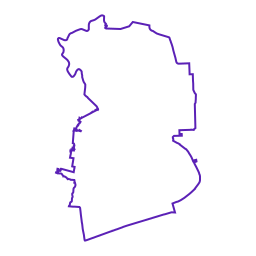 outline of Wijdemeren, Noord-Holland, Netherlands
{"feature_id": "6326949B52829064558657", "entity_name": "Wijdemeren", "entity_type": "district", "adm_level": 2, "iso_a3": "NLD", "parent_name": "Netherlands", "parent_adm1": "Noord-Holland", "projection": "orthographic", "projection_center": [5.063, 52.226], "detail": "fine", "context": "isolated", "style": "outline", "palette": "violet", "viewbox_px": 256, "rotation_deg": 0, "n_neighbors": 0, "source": "geoboundaries", "source_scale": "gbopen_adm2", "svg_char_len": 5290}
<svg xmlns="http://www.w3.org/2000/svg" viewBox="0 0 256 256"><path d="M175.0,212.5L172.5,203.5L176.5,201.9L177.9,201.6L180.7,200.2L184.3,197.9L189.3,194.0L191.5,192.1L194.8,189.0L194.7,188.9L198.1,184.4L199.3,182.6L199.7,181.7L200.0,180.2L200.0,178.4L200.0,176.5L199.8,175.1L199.4,174.3L199.0,172.8L198.3,171.2L196.3,167.1L194.5,163.7L194.0,162.5L196.3,161.5L196.1,161.0L196.4,160.9L196.2,159.8L195.4,160.0L195.7,160.8L195.0,161.0L194.6,160.2L193.3,160.6L193.3,161.1L193.1,161.2L192.6,159.9L191.5,157.3L190.5,155.5L189.2,153.5L188.1,151.6L186.6,149.8L186.3,149.3L185.4,148.9L181.1,145.6L180.5,145.1L179.9,144.7L179.9,144.4L178.3,143.4L177.0,142.9L173.1,140.7L173.2,140.2L173.3,139.0L172.9,138.2L172.8,137.1L174.0,135.9L181.8,135.7L181.7,134.0L179.5,134.0L179.4,130.2L191.4,129.8L191.6,129.8L191.6,129.7L193.6,129.9L193.6,129.6L195.4,128.1L194.8,104.0L195.0,103.7L195.5,102.7L195.6,102.3L195.6,101.4L195.8,99.1L195.8,97.5L195.9,95.8L195.9,94.4L195.8,94.2L194.8,93.1L193.4,90.1L193.3,89.8L193.2,83.5L193.0,80.8L192.8,74.2L189.6,74.3L189.5,70.9L189.2,63.3L178.7,63.7L178.4,63.7L177.8,63.5L177.1,63.1L176.6,62.5L176.3,61.8L175.4,57.8L173.4,50.7L172.6,47.2L171.9,44.9L171.5,43.7L170.9,42.2L170.7,41.3L170.2,40.2L169.4,37.7L169.0,37.3L159.4,34.4L156.8,33.5L155.5,32.7L152.8,30.9L152.1,30.8L151.0,30.2L150.3,29.5L149.9,28.9L149.7,28.5L149.5,27.8L149.4,26.8L149.4,25.4L132.8,22.0L129.2,26.3L120.5,29.0L106.1,28.5L105.4,28.1L105.2,27.9L105.6,27.4L106.0,27.0L105.8,26.7L106.7,26.1L106.9,26.0L106.9,25.8L106.5,25.6L106.5,25.4L105.3,25.2L105.4,24.7L105.9,23.8L105.0,22.8L104.6,22.3L104.3,21.7L104.1,21.0L104.0,19.9L104.1,16.9L104.1,16.3L103.9,16.0L103.6,15.8L102.5,15.4L101.7,15.4L100.8,15.7L99.5,16.5L95.3,19.5L94.0,20.1L91.1,21.0L90.6,21.3L90.2,21.7L89.8,22.1L89.4,22.8L89.1,23.5L88.9,24.2L88.8,25.2L88.8,27.2L88.8,28.8L88.8,29.4L88.3,30.2L87.6,30.8L86.9,31.0L86.1,30.8L82.7,29.4L81.9,29.1L81.1,29.0L79.9,29.3L78.0,30.0L75.9,30.8L72.0,32.9L70.7,33.3L69.7,34.0L69.2,34.7L67.9,37.4L67.5,38.1L67.2,39.3L66.8,39.8L65.9,40.2L64.8,40.2L64.2,40.1L60.0,38.2L59.2,38.0L58.8,38.0L58.4,38.3L58.0,38.7L57.9,39.5L58.3,41.2L58.6,42.0L59.5,43.8L60.2,45.0L60.7,45.6L62.4,47.0L62.9,47.5L63.3,48.2L63.5,48.8L63.6,49.4L63.7,50.1L63.6,51.0L63.5,51.6L63.4,52.2L63.1,52.7L62.1,54.2L62.0,54.7L62.1,55.1L62.5,55.7L63.1,56.4L66.3,59.0L67.4,60.0L68.3,61.3L68.7,61.9L69.0,62.7L69.1,63.4L69.2,64.0L68.9,65.4L68.5,66.5L67.5,68.0L67.3,68.5L67.2,69.0L67.2,69.6L67.4,70.4L67.7,71.2L68.2,72.1L69.5,74.1L71.3,76.4L71.8,76.8L72.7,76.8L73.2,76.6L73.7,76.2L74.7,74.9L75.3,73.9L76.0,71.9L76.3,71.3L77.0,70.3L77.7,69.6L78.4,69.2L78.9,69.1L79.2,69.2L80.1,69.7L81.0,70.6L81.4,71.1L81.7,71.8L81.7,72.4L81.8,73.7L82.2,75.5L82.2,76.6L82.2,77.2L82.5,78.1L83.2,80.6L83.8,82.1L85.0,83.9L85.3,84.6L85.3,85.2L85.2,87.6L84.4,94.4L84.6,94.7L85.2,95.4L86.5,96.6L87.3,97.0L88.0,98.0L88.7,98.7L96.5,106.2L97.2,107.3L97.5,108.3L97.9,108.6L98.1,109.5L97.9,109.8L97.0,109.1L96.5,109.5L95.9,109.8L96.4,110.2L93.3,111.8L93.0,111.6L92.5,112.2L92.0,112.5L91.8,112.3L91.4,112.6L91.5,112.7L91.3,112.9L82.0,117.7L81.7,117.5L81.4,118.1L80.4,118.6L79.5,117.9L79.2,119.5L78.2,119.9L78.4,120.5L79.1,120.6L78.9,120.9L80.5,121.9L80.0,122.7L79.9,122.6L79.2,123.2L78.6,124.0L78.7,124.3L78.2,125.4L77.7,125.2L77.1,126.3L76.6,127.2L76.4,127.8L76.4,128.1L76.2,128.7L74.3,128.4L74.1,129.5L74.4,129.5L79.9,130.8L79.9,130.3L80.9,130.9L80.7,131.2L79.8,130.9L79.8,131.0L76.9,130.2L76.7,130.9L73.8,130.3L73.7,130.5L73.8,130.5L73.7,130.6L73.7,131.8L73.6,132.7L72.8,143.2L73.6,143.4L74.0,143.8L74.3,145.0L74.2,145.3L74.0,145.6L74.3,145.7L74.2,146.2L73.8,146.6L74.0,147.7L72.6,147.7L72.6,148.5L72.7,148.8L72.2,149.0L72.4,149.1L72.5,149.1L74.1,149.1L74.4,149.2L74.5,149.4L74.4,149.5L73.8,149.5L73.9,149.8L73.9,150.5L70.4,150.4L70.4,151.5L71.1,151.5L71.1,151.9L70.9,152.6L70.9,153.4L70.3,156.0L70.2,156.8L70.0,157.7L73.5,158.2L72.8,162.7L72.8,162.9L72.7,163.1L72.2,166.4L74.6,166.9L74.4,168.4L74.3,168.5L73.7,172.2L61.3,168.8L60.9,168.8L60.7,170.1L60.3,170.1L60.2,170.9L59.9,170.9L59.9,170.6L58.3,170.5L58.4,169.0L57.5,168.8L57.3,170.1L57.3,171.0L58.1,171.1L58.1,171.6L58.0,172.4L57.6,172.0L56.7,171.6L56.3,171.5L56.8,171.8L57.3,172.1L57.5,172.5L57.9,173.0L57.7,173.0L56.1,172.4L56.0,172.7L57.7,173.4L58.1,173.3L58.5,173.4L61.0,173.5L61.5,173.7L61.8,174.0L62.8,175.5L63.7,176.1L63.6,176.4L64.1,176.4L64.6,176.5L65.1,176.7L65.5,177.1L65.9,177.2L66.6,177.7L67.2,178.6L68.0,178.8L68.0,179.1L68.6,179.0L70.2,179.4L71.0,179.9L71.6,179.8L74.3,180.0L74.6,181.2L74.3,182.7L75.0,182.8L75.4,184.5L75.5,185.0L75.4,185.4L75.2,186.2L75.0,186.6L74.7,187.1L73.9,187.9L73.6,188.5L73.5,188.9L73.3,191.9L73.2,192.4L73.0,192.8L72.4,193.4L72.2,193.8L72.2,194.3L72.3,195.3L72.6,196.3L72.6,196.7L72.5,197.2L72.2,197.8L72.0,198.2L71.8,201.2L71.6,201.5L71.4,201.8L70.5,202.2L70.2,202.6L70.1,203.0L69.7,205.1L69.5,205.6L69.0,205.9L68.9,206.3L73.3,206.7L75.1,206.7L79.4,207.0L80.0,207.7L80.1,208.0L80.5,211.2L80.9,215.0L81.7,221.2L81.8,222.2L82.0,223.1L82.2,224.3L82.7,228.8L83.0,230.5L83.9,234.9L84.2,237.3L84.6,240.0L84.8,240.4L85.0,240.6L86.5,240.2L101.7,234.7L110.5,231.5L111.8,231.1L112.6,230.8L112.6,230.7L113.2,230.6L115.6,229.7L117.8,229.0L118.2,228.8L122.4,227.3L123.2,226.9L126.8,225.7L160.1,215.6L163.7,214.5L164.8,214.3L171.5,212.3L175.0,212.5Z" fill="none" stroke="#5b21b6" stroke-width="2"/></svg>